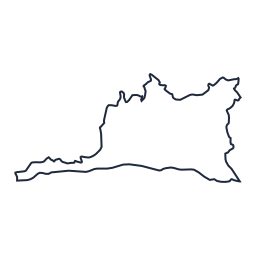 SVG path tracing the border of Santiago de Cuba
{"feature_id": "CUB-1369", "entity_name": "Santiago de Cuba", "entity_type": "Province", "adm_level": 1, "iso_a3": "CUB", "parent_name": "Cuba", "parent_adm1": "", "projection": "robinson", "projection_center": [-76.024, 20.226], "detail": "fine", "context": "isolated", "style": "outline", "palette": "slate", "viewbox_px": 256, "rotation_deg": 0, "n_neighbors": 0, "source": "natural_earth", "source_scale": "10m", "svg_char_len": 3873}
<svg xmlns="http://www.w3.org/2000/svg" viewBox="0 0 256 256"><path d="M239.8,181.4L239.7,181.4L238.2,181.2L233.7,180.1L232.4,179.4L231.4,179.2L231.0,179.5L229.9,180.9L229.1,181.4L225.4,181.9L221.1,181.8L217.1,181.0L214.3,179.2L209.8,179.9L204.3,176.7L198.7,172.4L194.0,169.7L191.1,169.4L181.4,169.7L178.9,169.4L173.6,167.9L170.9,167.5L165.7,168.2L163.0,169.0L161.2,170.2L159.2,170.5L141.5,165.9L129.3,164.3L123.1,164.6L112.4,167.8L107.2,168.6L97.4,168.6L94.5,169.0L88.9,171.2L85.9,171.9L68.8,170.7L51.3,172.4L48.5,173.9L45.6,173.8L42.6,173.0L39.8,172.8L37.7,173.8L33.4,177.6L30.5,179.2L27.3,180.1L17.1,180.6L17.1,177.0L15.9,174.3L15.4,173.6L15.4,173.1L15.4,172.6L16.5,172.2L24.4,171.3L25.3,171.0L26.0,170.5L31.2,163.0L31.8,162.6L32.8,162.4L36.0,162.2L37.9,162.3L40.9,162.3L42.9,161.9L44.3,161.2L46.5,158.7L48.7,157.3L50.0,158.6L50.3,159.0L50.9,159.5L51.3,159.9L51.8,160.0L52.2,160.1L52.6,160.3L52.9,160.6L53.3,161.0L53.8,161.4L54.2,161.4L54.7,160.8L55.0,160.3L55.5,159.9L56.2,159.6L58.8,158.9L59.5,158.9L60.4,159.6L61.5,161.1L62.4,161.8L63.5,162.2L65.7,162.8L66.2,163.0L66.4,163.2L67.2,163.3L68.3,163.3L70.7,162.9L73.9,162.8L74.4,162.5L74.8,161.2L75.1,160.9L75.9,161.1L77.0,161.6L80.8,162.6L81.7,162.3L81.9,161.6L80.8,158.4L80.6,157.6L80.6,157.1L81.5,156.5L85.3,157.2L88.5,157.5L89.4,157.4L90.7,157.0L92.3,156.3L94.3,155.2L96.3,153.7L100.2,149.7L101.6,146.8L101.1,133.7L100.3,129.1L99.9,128.1L100.0,127.3L100.9,126.7L102.1,125.3L104.2,123.0L104.0,121.4L104.0,121.0L104.0,120.2L106.8,107.8L107.7,106.2L108.7,105.2L110.8,105.2L112.2,105.3L115.1,105.9L116.3,105.9L117.1,105.6L117.5,104.6L117.6,103.9L117.8,102.4L118.0,101.8L118.5,101.1L119.3,100.2L119.9,99.2L120.4,98.2L120.6,96.8L120.5,95.4L120.0,92.6L120.2,91.9L120.7,91.6L121.8,91.5L123.1,92.5L123.8,93.3L124.1,94.2L124.1,95.2L124.0,96.1L124.0,97.1L124.1,97.9L124.8,99.4L125.5,101.4L126.0,102.1L127.0,102.0L128.9,100.3L132.4,95.2L135.6,95.0L136.8,95.0L138.0,95.3L139.0,95.7L140.2,96.4L140.9,96.6L141.5,96.6L142.2,96.3L142.3,96.6L142.1,97.3L141.1,99.7L141.6,100.9L144.1,98.3L144.4,97.8L145.2,94.5L145.6,91.0L144.7,88.7L144.4,87.2L144.1,86.7L143.6,86.5L143.5,86.1L143.8,85.6L145.9,84.1L147.6,82.4L148.3,82.0L150.7,80.9L151.0,80.1L150.9,79.1L150.0,76.6L149.6,75.2L149.9,74.3L150.3,74.1L152.1,75.0L158.5,80.1L159.8,82.4L159.2,84.0L159.6,84.6L160.6,85.0L163.0,85.3L164.6,85.2L165.5,85.4L165.9,85.8L165.7,86.9L165.4,87.6L165.1,88.3L164.7,88.7L164.6,89.1L165.0,89.7L166.0,90.6L170.0,93.6L172.2,94.2L172.8,96.7L173.0,97.2L173.2,97.7L173.7,98.2L175.9,99.5L180.2,99.8L189.9,95.0L191.0,94.7L192.5,94.5L196.8,95.2L202.5,94.6L208.3,90.2L208.7,89.1L209.1,87.7L208.4,86.0L208.3,85.5L208.3,85.0L208.5,84.4L208.9,83.9L209.2,83.7L210.2,84.2L211.0,84.6L212.7,85.6L213.4,85.4L214.4,84.7L216.4,83.0L219.1,80.0L219.6,79.3L220.0,78.9L220.5,78.6L221.3,78.3L221.8,78.0L222.3,77.6L222.9,77.5L223.6,77.7L225.8,79.5L228.3,80.4L234.2,79.2L235.8,79.2L236.4,79.0L237.1,78.8L238.3,78.1L238.6,78.6L238.6,79.7L238.2,83.5L238.0,84.2L237.8,84.4L236.9,84.8L236.4,85.2L236.0,85.6L235.7,86.2L235.6,86.7L235.4,87.2L235.1,87.7L234.6,88.2L234.0,88.5L234.2,89.1L235.0,90.3L237.1,92.3L240.6,97.5L239.4,98.6L238.8,99.9L238.2,100.4L237.5,100.5L236.3,100.0L235.8,99.8L235.1,99.6L234.7,99.8L234.5,100.3L234.4,100.9L234.4,101.6L234.2,102.6L233.7,103.9L232.4,106.1L230.8,107.5L229.3,108.6L227.6,109.3L226.9,109.9L226.7,110.3L227.2,111.7L228.7,114.8L229.0,117.4L228.8,122.4L228.6,123.3L228.3,123.6L227.9,124.0L227.5,124.3L227.1,124.9L226.5,126.2L226.4,126.9L226.5,127.9L227.2,131.6L227.9,133.8L228.2,134.5L228.9,136.5L229.0,136.8L229.3,137.1L230.6,138.1L230.5,142.2L230.9,144.0L231.2,144.3L231.7,144.4L232.2,144.5L233.1,145.0L233.4,145.7L233.5,147.1L233.3,147.9L232.9,148.4L229.7,150.2L228.1,152.3L227.6,152.7L227.1,152.7L225.3,153.6L225.5,159.3L226.1,161.7L227.9,164.9L228.7,166.0L231.6,168.9L239.8,181.4L239.8,181.4Z" fill="none" stroke="#1e293b" stroke-width="2"/></svg>